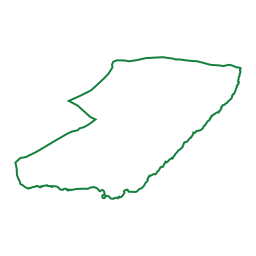 the district of South Ambae, Penama, Vanuatu
{"feature_id": "77236927B86395134968187", "entity_name": "South Ambae", "entity_type": "district", "adm_level": 2, "iso_a3": "VUT", "parent_name": "Vanuatu", "parent_adm1": "Penama", "projection": "mercator", "projection_center": [167.858, -15.42], "detail": "fine", "context": "isolated", "style": "outline", "palette": "green", "viewbox_px": 256, "rotation_deg": 0, "n_neighbors": 0, "source": "geoboundaries", "source_scale": "gbopen_adm2", "svg_char_len": 5768}
<svg xmlns="http://www.w3.org/2000/svg" viewBox="0 0 256 256"><path d="M162.6,57.2L145.8,58.1L137.0,60.1L129.0,61.3L124.9,60.5L117.1,60.3L113.4,61.6L112.0,64.5L112.5,67.3L108.4,73.8L104.2,78.2L95.9,86.0L90.6,90.6L80.2,95.8L68.8,100.9L77.7,105.6L90.3,117.0L95.5,119.4L88.7,124.5L83.8,127.2L79.5,128.4L77.6,130.3L72.1,131.5L67.5,133.6L56.4,140.0L36.9,151.6L25.8,157.1L20.3,158.0L15.4,162.6L16.7,168.7L16.9,174.7L18.1,178.1L19.7,181.3L20.5,184.1L23.0,185.4L25.2,187.2L28.5,188.6L28.8,188.1L29.8,188.0L30.2,188.0L30.7,187.9L31.4,187.6L31.9,187.4L32.5,187.2L33.3,187.1L34.4,186.8L34.8,186.8L36.4,186.1L36.6,185.9L36.8,185.9L37.2,186.2L37.7,186.3L38.2,186.1L38.4,186.2L38.6,186.3L39.2,187.0L39.5,187.2L40.3,187.2L40.6,187.2L40.9,186.5L41.1,186.3L41.7,186.5L41.7,186.2L42.0,186.1L42.8,186.0L43.5,185.8L44.5,185.8L46.7,185.3L47.0,185.2L47.5,185.5L47.8,186.0L48.2,186.0L48.3,185.9L48.8,186.1L49.4,186.3L50.3,186.1L51.1,186.6L51.3,186.3L51.5,186.4L51.6,186.7L52.0,186.9L52.3,186.2L52.7,186.1L53.3,186.1L53.9,186.2L54.6,186.3L54.9,186.3L56.5,186.5L57.1,186.8L58.2,187.4L58.4,187.6L59.4,188.7L59.7,189.3L60.2,189.4L60.6,189.4L61.0,189.6L61.5,189.7L62.9,189.8L63.1,189.4L64.2,188.8L66.0,188.9L66.3,188.8L66.8,189.2L67.0,190.1L67.5,190.2L68.0,190.4L68.4,190.1L68.6,190.3L68.8,190.1L68.9,189.6L69.5,189.6L70.2,190.0L70.3,190.1L71.1,190.1L71.6,189.8L72.2,189.6L73.4,189.7L75.1,189.2L76.2,189.0L76.9,188.9L77.8,189.0L78.6,188.9L79.8,188.8L82.1,188.8L83.9,188.6L86.1,188.9L87.1,188.9L88.0,188.7L88.5,188.5L89.8,188.0L91.0,187.3L91.4,187.3L92.8,187.4L93.3,187.1L94.0,187.1L94.6,187.2L95.0,187.4L95.3,187.7L96.3,187.9L97.1,188.3L97.6,188.9L98.5,189.7L99.3,190.9L99.6,191.2L100.1,191.1L100.5,190.9L101.7,190.1L102.0,190.0L102.5,190.0L102.9,190.2L103.6,190.8L104.0,191.5L104.2,192.2L104.7,194.0L104.6,194.4L104.5,194.7L103.8,195.0L103.0,195.0L102.8,195.1L102.5,195.4L102.3,196.3L102.3,196.9L102.5,197.5L103.0,197.9L103.8,198.2L104.4,198.1L105.1,197.2L105.6,196.2L106.0,195.9L106.7,195.9L107.5,196.1L108.2,196.2L108.5,196.2L108.9,196.4L109.5,197.1L109.9,197.4L110.5,198.3L110.8,198.5L111.4,198.6L111.8,198.7L112.6,198.7L113.0,198.8L113.4,198.8L113.8,198.4L114.1,198.4L114.7,198.2L115.2,197.9L115.7,198.0L116.2,197.8L116.5,197.6L117.0,197.6L118.0,198.2L118.3,198.3L118.7,197.9L118.9,197.0L119.1,196.7L119.3,196.6L120.0,197.1L120.6,197.2L121.4,196.9L122.0,196.3L122.6,195.6L123.2,194.7L123.8,193.9L124.3,193.1L124.3,192.3L124.0,191.1L124.2,190.7L125.0,190.4L126.1,190.1L126.8,189.7L127.1,189.6L127.5,189.7L128.0,190.4L128.3,191.2L128.8,191.7L129.4,191.8L130.6,191.7L131.6,191.8L134.0,191.9L134.5,192.0L135.0,192.0L136.4,191.7L137.0,191.3L137.3,191.1L138.7,189.6L139.4,189.1L139.9,188.8L140.7,188.5L141.6,188.3L143.6,186.2L144.0,185.7L144.8,184.3L145.5,182.9L146.1,182.3L146.7,181.9L147.3,181.1L147.8,179.9L147.8,179.6L147.5,179.3L147.7,178.9L147.9,178.4L148.2,177.6L148.8,176.8L149.2,176.0L149.6,175.7L149.9,176.0L150.0,176.1L151.4,175.2L151.9,175.1L152.5,174.8L153.3,174.2L153.9,174.0L154.3,174.1L154.9,174.4L155.9,174.1L156.3,173.4L156.6,173.0L156.8,172.2L157.2,171.7L158.1,171.1L158.4,170.8L158.8,170.3L159.9,168.5L160.3,167.6L160.5,167.4L160.9,167.1L161.7,166.8L162.0,166.7L162.8,166.9L163.1,166.6L163.2,166.2L163.7,165.1L164.3,164.2L164.4,163.8L165.0,163.0L165.0,162.5L165.3,161.8L165.6,161.6L165.9,161.7L166.6,162.2L166.8,162.3L167.3,161.7L167.8,161.4L168.2,161.1L168.6,160.6L169.1,160.2L169.8,159.3L170.7,158.8L171.6,158.2L172.0,157.8L172.3,158.0L172.6,158.4L172.8,158.2L172.7,157.8L172.8,157.6L172.9,157.3L174.4,155.7L175.1,154.3L175.6,153.7L176.6,152.8L177.9,151.1L178.5,150.3L178.8,150.1L179.4,149.8L180.0,149.4L181.1,148.4L181.7,148.1L182.3,147.4L182.3,147.1L182.3,146.8L182.9,146.4L183.0,146.2L183.2,145.5L183.2,144.9L183.6,144.4L183.7,144.1L183.7,143.8L183.7,143.4L184.0,143.1L184.1,142.7L184.4,142.4L184.6,142.5L184.8,142.5L185.3,142.1L186.3,141.9L186.8,141.7L187.2,141.5L188.0,140.6L188.8,139.3L189.7,138.5L190.0,138.0L190.4,137.8L191.0,137.6L191.3,137.4L191.2,136.8L191.5,136.4L192.4,135.5L193.4,133.6L193.5,133.2L193.4,132.8L194.1,133.0L195.0,132.6L195.3,132.6L195.4,132.3L195.5,131.8L195.8,131.5L196.2,131.2L196.5,131.2L197.0,131.2L198.1,130.7L198.4,130.8L198.7,130.7L199.2,130.4L199.7,130.4L200.1,130.3L200.4,130.0L200.9,129.9L201.2,129.7L202.3,128.7L202.9,128.1L203.2,127.7L203.5,126.6L203.7,126.2L205.3,125.0L205.6,124.6L206.0,123.8L206.4,123.1L207.1,122.0L207.5,121.5L208.2,120.9L208.8,120.6L209.4,120.0L209.9,119.3L210.0,118.8L209.9,118.4L210.2,118.1L210.8,117.8L211.3,116.9L211.5,115.8L211.8,115.7L212.4,115.6L213.0,115.3L213.1,114.9L215.3,113.6L216.1,112.9L216.4,112.7L217.7,112.3L218.3,112.6L218.6,112.4L218.9,112.2L219.1,111.6L219.2,110.9L219.5,110.7L220.1,110.6L220.2,110.4L221.4,108.4L221.5,107.7L221.2,107.3L221.4,107.2L221.7,106.8L221.8,106.6L222.1,106.3L222.2,106.0L222.2,105.8L222.3,105.6L222.6,105.3L223.3,105.0L223.9,104.8L224.4,104.8L224.8,104.5L224.9,104.2L225.4,103.7L226.7,103.1L227.1,102.8L227.5,102.1L228.2,101.3L228.4,101.1L228.8,100.9L229.1,100.6L230.0,99.9L230.8,98.9L231.3,98.6L231.6,98.1L231.8,97.6L232.1,96.7L232.1,95.7L232.7,95.1L232.7,94.7L232.8,94.4L233.1,94.2L233.8,94.0L233.8,93.8L234.3,93.2L234.5,92.7L234.9,92.1L235.1,91.7L236.1,88.5L236.2,88.2L236.8,87.4L236.9,86.8L236.7,86.0L236.8,85.7L237.3,85.1L238.1,84.5L238.4,83.9L238.5,83.4L238.3,82.7L238.6,82.3L238.9,82.0L238.7,81.7L238.2,81.5L238.1,81.0L238.3,80.0L238.5,79.5L238.7,78.4L238.7,77.5L238.9,76.9L239.6,75.6L239.7,75.2L239.7,73.6L240.4,72.5L240.5,72.1L240.5,71.8L240.2,71.3L240.2,70.6L239.9,70.4L239.8,70.0L240.1,69.3L240.6,68.5L240.6,68.1L238.2,67.4L236.6,67.4L232.1,65.5L229.4,64.8L227.3,65.1L223.5,66.1L220.1,65.5L210.5,64.8L205.9,63.6L203.6,62.9L197.1,61.3L192.7,61.0L187.4,60.5L178.9,59.4L175.9,59.5L173.4,58.7L162.6,57.2Z" fill="none" stroke="#15803d" stroke-width="2"/></svg>